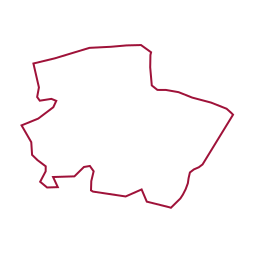 South Gloucestershire, Robinson projection, rotated 175°
{"feature_id": "GBR-2046", "entity_name": "South Gloucestershire", "entity_type": "Unitary Authority", "adm_level": 1, "iso_a3": "GBR", "parent_name": "United Kingdom", "parent_adm1": "", "projection": "robinson", "projection_center": [-2.446, 51.538], "detail": "fine", "context": "isolated", "style": "outline", "palette": "rose", "viewbox_px": 256, "rotation_deg": 175, "n_neighbors": 0, "source": "natural_earth", "source_scale": "10m", "svg_char_len": 813}
<svg xmlns="http://www.w3.org/2000/svg" viewBox="0 0 256 256"><g transform="rotate(175 128 128)"><path d="M22.2,132.1L56.9,85.2L60.9,82.7L66.0,81.0L70.2,78.3L72.0,72.8L73.2,67.7L75.9,62.0L79.1,56.9L82.0,53.2L92.2,44.8L93.9,45.5L115.7,53.0L119.8,65.6L136.3,60.0L168.4,67.7L170.3,69.1L169.2,78.3L166.0,87.9L169.3,93.5L175.3,93.0L185.6,84.5L206.9,85.7L203.1,75.2L213.8,75.8L220.2,82.1L213.8,92.0L213.3,97.0L220.9,103.8L225.9,109.6L225.6,122.3L233.8,139.9L216.6,145.2L200.6,155.2L197.1,161.3L201.8,163.7L213.5,162.9L215.8,166.8L213.2,176.2L216.6,200.5L194.7,203.8L159.4,211.2L137.8,210.4L122.2,210.4L107.8,209.5L98.4,201.4L99.3,198.8L100.6,186.5L100.6,174.9L100.6,168.3L95.4,163.4L86.9,162.6L74.5,159.3L61.4,152.7L43.1,146.1L28.1,138.6L23.6,133.8L22.2,132.1Z" fill="none" stroke="#9f1239" stroke-width="2"/></g></svg>